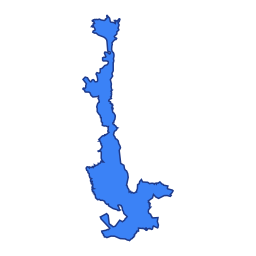 the district of Lolotla, Hidalgo, Mexico
{"feature_id": "50627088B68203381384952", "entity_name": "Lolotla", "entity_type": "district", "adm_level": 2, "iso_a3": "MEX", "parent_name": "Mexico", "parent_adm1": "Hidalgo", "projection": "albers", "projection_center": [-98.729, 21.009], "detail": "fine", "context": "isolated", "style": "filled", "palette": "blue", "viewbox_px": 256, "rotation_deg": 0, "n_neighbors": 0, "source": "geoboundaries", "source_scale": "gbopen_adm2", "svg_char_len": 5822}
<svg xmlns="http://www.w3.org/2000/svg" viewBox="0 0 256 256"><path d="M159.9,181.9L158.2,183.1L156.8,183.1L156.5,183.9L156.1,183.2L155.2,183.3L154.3,184.2L153.8,183.5L152.1,183.2L149.5,183.6L147.7,182.3L142.9,182.0L142.4,181.6L141.4,179.5L139.7,181.5L139.2,183.7L137.6,184.6L137.4,188.7L136.4,191.3L136.5,192.0L135.7,192.0L134.8,192.8L133.6,193.1L132.1,192.3L131.2,192.8L130.6,191.3L129.2,192.1L128.9,189.7L127.5,187.5L127.3,186.0L126.5,185.4L128.2,177.4L127.7,173.6L126.6,171.0L125.3,170.1L124.5,168.7L123.9,165.3L120.7,163.4L119.2,150.4L120.5,147.8L120.0,146.0L118.7,143.5L118.2,140.9L116.8,139.3L115.4,138.6L114.9,136.9L113.8,135.5L113.5,134.2L113.9,133.5L113.9,132.6L114.7,131.1L116.0,130.3L116.7,129.4L117.0,128.3L117.7,127.9L116.3,127.3L115.9,126.2L114.0,124.8L114.1,124.4L113.1,124.1L112.8,123.2L113.0,122.6L114.0,122.0L113.8,121.2L114.9,119.2L115.3,116.0L114.9,114.8L113.7,112.9L112.8,112.3L112.2,109.1L112.7,109.3L113.0,108.9L112.4,108.6L112.6,108.4L112.0,107.8L112.6,107.6L112.1,106.8L112.2,105.8L112.8,105.6L112.5,104.3L111.6,104.3L111.6,103.8L110.3,103.3L110.7,102.4L110.5,101.8L108.7,101.0L108.8,100.2L109.8,99.2L111.4,98.5L110.6,97.0L111.3,96.6L111.2,96.2L111.6,94.5L111.2,93.5L111.6,93.1L111.4,91.4L111.0,91.1L112.1,90.1L111.7,90.0L111.1,86.6L111.4,84.0L110.3,79.6L112.7,76.0L112.1,74.5L112.0,73.2L113.2,70.9L113.2,62.6L113.6,62.0L113.8,60.2L113.4,59.0L114.0,56.0L113.9,54.1L113.4,52.7L112.2,51.6L111.6,49.4L111.9,45.4L112.3,44.8L112.0,42.8L113.8,40.6L114.8,39.7L116.0,39.5L116.7,38.5L116.5,38.1L114.8,37.6L114.3,36.4L116.8,34.0L116.9,31.7L118.7,30.2L118.8,29.4L118.0,28.1L119.1,24.9L118.1,22.9L119.3,21.3L119.9,19.3L119.6,18.8L119.1,18.8L117.1,21.3L115.7,20.4L114.5,20.5L115.6,22.4L115.3,23.5L113.7,22.5L110.9,22.2L110.3,21.5L109.6,18.2L107.1,15.4L106.8,15.5L106.7,16.2L107.6,17.4L107.1,17.5L106.2,18.9L105.5,19.0L105.3,19.9L104.2,20.5L101.2,20.0L99.4,19.1L97.8,19.6L96.5,19.4L95.2,19.7L94.9,19.4L93.6,19.8L92.3,20.5L92.4,20.9L92.5,21.3L93.5,21.2L94.1,22.2L94.3,22.9L93.8,23.2L94.2,23.4L93.8,23.6L93.6,24.3L93.2,24.4L93.2,25.0L92.7,25.3L93.1,25.7L92.2,26.3L91.8,26.1L91.5,26.6L92.6,26.6L92.8,27.0L93.6,26.7L94.8,28.4L95.2,29.9L93.1,31.1L92.8,32.2L94.5,33.1L96.1,33.1L98.4,35.0L103.7,37.0L105.6,38.4L106.7,40.0L107.0,41.6L107.7,50.6L108.1,51.4L110.0,51.9L110.4,53.2L109.9,53.9L109.3,54.0L107.5,52.5L105.0,52.0L104.4,53.1L105.9,56.7L105.5,57.2L103.6,57.3L102.6,57.8L102.6,60.1L103.2,60.9L106.4,60.9L107.9,61.3L108.3,62.0L108.3,63.3L107.1,64.8L104.8,65.5L102.2,68.3L100.2,68.9L100.2,72.0L99.6,73.0L98.3,73.1L97.0,72.6L96.3,73.3L96.1,74.2L96.9,75.6L97.6,78.6L97.7,80.2L97.3,81.5L95.9,81.9L95.0,81.7L93.9,80.0L93.2,79.6L92.2,79.9L91.0,81.7L90.3,81.8L88.5,79.6L87.5,77.8L85.2,77.1L83.0,79.4L86.4,83.8L85.8,85.3L85.7,87.7L85.1,88.2L83.4,88.1L82.9,88.9L83.2,89.4L84.7,90.2L84.7,91.0L85.3,92.0L88.9,92.1L90.0,92.8L91.0,95.3L92.9,97.0L97.9,96.5L98.5,96.1L98.6,97.6L98.1,98.4L98.9,99.8L99.3,101.6L99.2,102.2L98.7,102.2L97.6,103.8L96.7,106.9L97.2,108.4L97.2,111.6L98.9,114.1L100.2,115.4L100.5,117.6L101.2,117.6L101.3,121.3L101.5,121.9L102.4,122.6L102.3,125.3L104.2,126.0L105.8,125.9L107.8,126.8L108.4,126.6L108.1,128.2L108.3,129.9L107.8,130.8L107.9,131.5L108.9,132.3L106.4,134.5L104.9,134.7L105.1,135.2L104.4,135.7L103.0,135.7L102.1,136.2L98.9,139.4L99.7,139.9L99.6,140.7L99.2,141.0L99.8,141.0L100.5,142.0L100.7,143.2L101.3,143.8L101.0,144.1L101.3,145.0L102.1,146.2L101.9,147.6L101.1,148.9L99.8,150.4L98.1,151.1L98.4,151.5L100.6,151.1L101.3,152.5L101.2,158.1L101.9,160.1L103.6,162.0L101.9,161.9L101.0,161.3L100.1,163.2L98.9,163.7L98.3,163.4L98.1,164.6L96.9,165.2L95.5,165.5L94.5,164.9L94.8,166.3L92.9,166.5L93.5,167.2L93.3,167.6L91.9,167.2L91.0,167.6L89.7,167.0L89.3,168.0L88.2,166.9L87.1,166.8L86.1,168.1L86.7,170.3L87.8,171.0L88.0,172.7L89.2,173.6L89.2,175.4L89.9,177.8L91.6,178.7L90.6,179.5L90.5,180.9L90.8,181.6L92.0,181.2L92.3,181.5L92.0,182.4L91.2,183.1L91.4,183.7L92.6,183.8L92.8,184.2L92.3,184.8L92.8,185.8L92.4,186.3L92.7,187.1L92.0,187.3L92.2,188.0L93.9,188.7L92.1,189.1L92.0,189.9L92.6,190.5L92.5,191.4L93.6,191.8L93.3,192.8L94.5,193.3L94.3,194.5L95.2,194.8L95.6,197.9L96.0,198.0L97.5,199.7L99.4,199.4L100.5,200.3L102.7,200.3L104.6,201.3L105.2,202.9L106.8,204.3L108.4,204.2L108.5,205.7L109.5,206.4L113.2,208.6L117.1,209.7L117.9,210.5L119.5,210.5L120.2,210.0L119.3,209.2L118.7,206.8L117.8,205.8L118.0,205.2L119.4,204.9L121.3,205.6L121.3,206.7L122.2,207.2L122.4,209.9L123.4,211.5L123.9,213.5L127.1,216.5L126.6,217.5L125.2,218.7L124.6,220.1L122.4,221.7L119.7,220.2L115.3,226.2L113.5,226.7L112.8,226.7L111.9,225.7L111.1,225.6L110.7,224.6L109.9,224.5L109.2,223.8L108.2,215.4L106.6,213.6L100.3,217.0L101.1,218.1L100.9,218.7L109.8,228.2L108.4,229.6L107.4,229.5L106.2,230.2L101.7,231.1L101.9,232.1L102.7,233.6L103.5,234.3L103.5,235.3L104.5,236.4L104.5,236.9L105.6,236.9L106.9,237.6L111.0,236.1L114.6,236.2L120.2,238.6L125.2,238.9L127.3,240.0L128.8,240.2L129.5,240.6L131.1,239.0L132.2,238.5L132.7,237.7L133.6,237.3L133.6,236.7L134.6,235.8L134.3,234.8L136.7,232.3L136.6,231.4L137.1,231.1L138.5,231.1L138.5,228.1L142.5,228.5L142.9,228.2L145.0,229.3L145.6,228.7L145.5,228.2L146.2,228.1L146.3,229.0L145.9,230.1L146.5,230.3L147.2,229.9L147.6,228.9L148.6,228.6L149.3,228.8L149.8,228.4L151.4,229.4L152.4,229.1L153.2,226.2L153.6,226.0L157.5,227.9L157.9,227.6L158.4,225.0L157.3,221.5L158.0,217.6L153.0,217.9L152.0,217.6L151.8,216.5L151.2,215.9L150.6,214.3L148.7,213.1L148.3,211.6L148.5,209.8L150.7,207.1L149.6,207.0L149.4,205.9L150.0,205.0L149.4,204.7L149.3,204.2L150.1,203.4L149.6,202.9L149.1,203.1L148.4,202.3L148.8,201.8L148.3,200.9L152.5,197.9L153.5,194.5L155.8,197.0L158.6,198.4L164.2,195.6L167.2,195.5L170.3,196.4L171.2,195.4L170.3,194.6L172.0,192.7L173.1,190.8L172.4,190.1L167.9,188.9L167.3,188.2L167.9,186.0L163.7,185.2L163.1,184.4L161.9,184.0L159.9,181.9Z" fill="#3b82f6" stroke="#1e3a8a" stroke-width="1.5"/></svg>